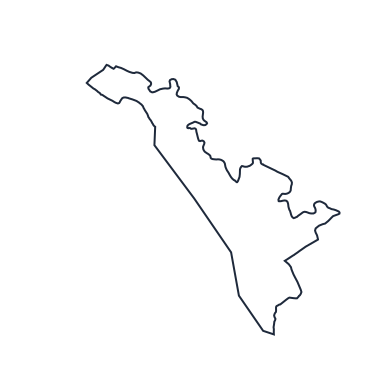 Morne D'Or, Anse-la-Raye, Saint Lucia (orthographic projection), rotated 26°
{"feature_id": "8701671B88374512548949", "entity_name": "Morne D'Or", "entity_type": "district", "adm_level": 2, "iso_a3": "LCA", "parent_name": "Saint Lucia", "parent_adm1": "Anse-la-Raye", "projection": "orthographic", "projection_center": [-61.007, 13.949], "detail": "fine", "context": "isolated", "style": "outline", "palette": "slate", "viewbox_px": 384, "rotation_deg": 26, "n_neighbors": 0, "source": "geoboundaries", "source_scale": "gbopen_adm2", "svg_char_len": 6014}
<svg xmlns="http://www.w3.org/2000/svg" viewBox="0 0 384 384"><g transform="rotate(26 192 192)"><path d="M318.6,259.9L318.0,258.6L318.0,257.6L318.3,257.1L319.0,256.2L319.8,254.9L320.6,254.4L321.9,251.7L323.8,247.7L325.1,245.2L325.8,244.3L326.1,244.1L326.8,243.9L329.8,242.9L331.9,242.1L333.0,241.5L333.7,239.1L333.7,238.5L334.2,237.6L334.4,235.9L334.2,233.9L332.5,232.1L326.2,226.6L321.8,223.4L319.4,221.6L316.7,219.2L315.2,217.8L314.5,216.9L313.9,216.2L310.7,214.5L305.6,213.2L310.7,204.7L311.3,203.9L311.6,203.2L313.7,199.5L313.8,199.2L314.6,197.7L315.1,196.8L315.2,196.6L315.4,196.3L316.1,195.0L316.6,194.1L317.1,193.2L317.6,192.3L318.0,191.5L326.1,179.5L326.0,179.3L325.5,178.7L324.6,177.6L324.1,177.0L323.7,176.5L323.2,176.0L321.9,175.0L321.2,174.5L321.0,174.3L320.5,173.8L319.5,172.7L319.1,170.5L320.2,168.1L321.0,166.5L323.5,163.7L325.5,162.0L326.9,158.9L327.0,158.8L327.8,156.5L328.6,154.0L329.4,151.8L333.2,147.9L334.0,146.8L333.7,145.9L333.2,145.5L332.4,145.2L329.2,145.3L327.1,145.6L324.9,146.2L323.0,146.2L321.4,146.4L319.8,145.9L318.9,145.2L317.8,144.5L316.4,144.2L314.6,144.1L313.0,144.1L311.2,144.3L310.4,144.7L308.7,146.1L307.6,147.7L307.2,148.7L307.2,149.6L307.5,150.6L308.3,151.5L309.4,152.2L310.5,153.3L311.3,154.5L311.8,155.9L311.5,156.8L311.0,157.5L310.5,158.1L309.5,158.6L308.4,159.1L306.7,159.6L305.3,159.7L303.5,159.9L301.9,160.4L301.3,160.9L300.5,161.8L300.2,162.4L299.6,163.6L298.7,165.3L298.0,166.5L297.4,167.9L297.4,168.1L296.6,169.0L296.1,169.7L295.2,170.6L294.9,170.9L293.9,170.8L293.6,170.7L293.2,170.6L292.0,169.9L291.7,169.6L290.7,168.6L289.6,167.3L288.9,166.6L288.6,166.2L288.0,165.7L287.4,165.4L287.2,165.2L286.4,164.4L285.1,162.9L283.7,160.7L282.4,159.2L280.8,158.5L279.1,158.9L277.6,159.9L275.9,161.3L274.2,162.2L273.9,162.2L273.5,161.7L273.0,160.9L272.9,159.0L273.0,157.8L273.3,156.2L273.6,155.0L273.7,154.4L274.4,153.7L275.4,153.4L276.8,152.8L278.1,151.8L279.3,150.4L280.0,148.7L280.0,147.3L279.3,145.5L278.5,143.1L278.3,141.3L277.6,139.6L276.1,138.3L273.4,137.1L271.8,136.2L269.4,136.2L265.6,136.2L259.8,136.4L257.5,136.2L246.5,136.3L244.4,136.3L244.1,136.1L243.9,136.3L243.1,136.3L241.9,136.1L241.4,135.8L240.9,135.3L240.5,134.6L240.1,133.8L239.8,133.5L238.9,133.0L237.5,132.4L237.0,132.6L235.7,133.1L233.9,134.1L232.7,134.7L232.1,135.2L232.0,135.4L232.1,135.8L232.9,137.2L233.6,138.3L234.0,139.1L234.0,139.8L233.6,140.9L232.9,142.3L232.3,143.3L231.5,144.0L230.6,145.0L229.2,145.8L227.9,146.3L226.5,146.5L225.5,146.8L225.2,147.6L225.0,149.0L225.2,150.6L227.1,154.8L228.1,157.6L228.5,161.9L228.3,163.3L227.7,163.6L227.3,163.4L226.6,163.2L226.4,163.2L225.3,162.8L224.4,162.9L223.6,162.7L222.2,162.3L220.2,161.3L218.1,159.9L216.3,158.6L213.9,157.2L212.3,155.9L211.1,154.8L210.8,154.4L209.9,153.2L209.1,152.1L208.1,151.3L206.8,150.6L205.0,150.4L203.8,150.4L202.1,150.8L200.9,151.3L199.6,152.1L197.8,152.8L196.0,153.4L194.8,153.5L193.8,153.1L193.2,152.3L192.7,151.6L191.9,151.2L190.8,150.9L189.7,150.7L188.3,150.6L185.9,150.2L184.5,149.5L183.4,148.6L182.2,146.8L182.0,145.3L181.9,143.3L181.5,142.1L180.4,141.3L178.9,141.2L177.9,141.8L177.0,142.7L175.9,142.9L175.1,142.3L174.0,141.2L172.4,139.3L171.0,137.6L169.6,136.0L168.3,134.1L167.5,133.6L166.5,133.6L165.2,134.5L164.4,135.1L163.7,135.5L163.4,135.6L162.9,135.5L162.5,135.4L161.4,135.7L161.0,136.0L160.7,136.3L159.9,136.4L159.5,136.2L159.1,135.3L158.9,134.4L159.1,133.6L159.9,132.1L162.3,129.4L163.5,127.8L164.6,127.3L166.8,127.1L168.5,127.0L169.5,126.9L170.3,127.3L172.7,127.0L173.5,126.7L174.6,126.0L175.3,124.7L175.4,123.6L174.5,122.9L172.5,122.6L171.1,122.3L169.5,121.2L168.5,119.6L167.2,115.8L166.4,114.4L165.4,113.7L164.1,113.5L162.3,113.7L159.9,113.7L158.6,112.8L156.8,112.2L155.6,112.0L154.3,111.8L151.6,110.5L149.0,109.8L146.4,109.5L144.4,109.9L142.5,110.5L140.1,111.7L138.4,112.1L136.4,111.8L135.4,111.0L134.9,109.4L134.8,106.9L135.0,105.3L134.6,104.0L133.9,103.4L132.8,103.2L130.1,99.9L127.8,98.4L125.8,98.6L124.3,99.5L123.2,101.0L123.3,102.4L125.2,104.8L125.9,106.1L126.2,106.4L126.5,107.2L126.4,108.3L125.8,109.0L124.6,109.8L122.5,110.6L121.2,111.4L120.3,112.0L120.2,112.1L119.2,112.9L118.2,113.7L117.0,115.3L115.9,116.7L114.7,118.2L113.3,119.4L112.5,119.9L111.4,119.9L110.4,119.9L109.1,119.1L107.8,118.4L107.0,117.5L106.8,116.9L108.0,114.5L107.9,112.8L107.0,111.5L105.4,111.0L103.0,110.5L100.2,109.6L97.0,108.6L94.0,108.0L92.6,108.1L91.1,108.3L89.5,108.9L88.9,109.4L88.1,110.3L86.3,111.0L83.1,111.5L80.3,111.6L77.1,111.5L73.8,111.6L71.2,112.1L70.0,112.2L68.7,112.3L68.7,112.5L68.4,113.2L68.1,113.9L67.9,114.9L67.6,115.4L67.5,115.6L67.1,115.6L66.9,115.6L66.6,115.6L66.0,115.6L65.9,115.5L64.9,115.5L64.7,115.5L64.4,115.4L63.7,115.3L63.1,115.3L61.9,115.0L61.6,115.0L61.1,115.0L60.5,115.1L59.5,115.2L59.3,116.2L58.8,120.0L58.6,121.2L51.4,133.5L51.0,135.0L49.6,140.1L51.8,140.8L55.5,141.6L57.2,142.0L58.1,142.2L59.4,142.2L62.4,142.8L63.5,143.2L65.8,143.5L66.5,143.9L67.4,144.4L67.6,144.4L67.9,144.2L68.5,144.1L69.4,144.1L70.5,144.3L72.2,144.5L73.6,144.7L75.0,144.9L76.5,144.9L77.8,144.9L78.7,144.9L79.1,144.9L80.4,144.9L82.3,145.1L82.8,145.2L84.1,145.2L84.6,145.2L85.9,145.0L86.6,144.9L87.1,144.4L87.5,144.0L87.7,143.1L87.6,142.3L87.7,141.6L87.9,139.8L88.2,138.2L88.5,137.8L89.2,137.0L89.9,136.6L90.9,136.1L91.9,135.9L93.3,135.5L93.9,135.5L96.6,135.1L97.8,134.9L101.0,134.6L102.3,134.5L103.0,134.6L103.8,134.7L105.1,134.8L105.6,135.0L108.5,135.6L109.2,136.0L110.3,136.4L110.7,136.8L111.7,137.7L112.0,137.9L112.1,138.0L112.8,138.4L113.7,139.1L115.7,140.3L116.2,140.6L116.9,141.0L117.8,141.6L118.4,142.2L119.3,143.0L119.7,143.6L121.0,144.3L122.0,145.0L123.6,145.7L124.6,146.4L124.9,146.6L125.7,147.2L125.9,147.4L127.3,148.2L128.0,148.8L128.8,149.1L129.4,149.4L129.6,149.4L130.3,149.5L137.7,166.4L196.7,196.8L206.6,202.4L253.6,229.1L279.6,264.6L316.8,285.6L328.0,284.1L327.6,283.4L326.7,281.6L325.7,279.4L324.6,277.8L323.7,274.8L322.8,272.3L322.9,271.3L322.8,270.1L322.4,269.2L321.3,268.5L320.0,267.1L319.7,265.8L319.7,264.3L320.0,263.0L319.5,261.6L318.6,259.9Z" fill="none" stroke="#1e293b" stroke-width="2"/></g></svg>